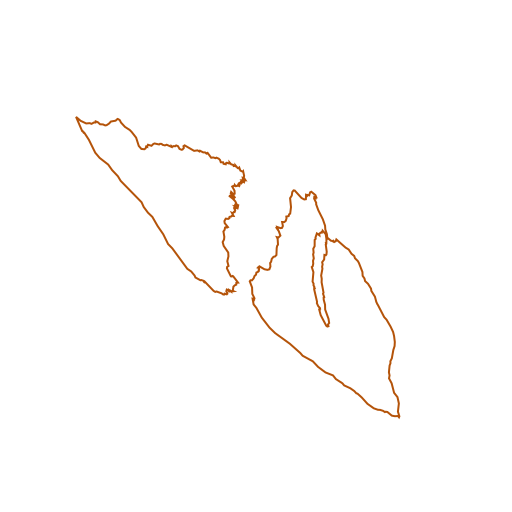 Ibestad nor, Troms, Norway, rotated 59°
{"feature_id": "86288312B28202364266720", "entity_name": "Ibestad nor", "entity_type": "district", "adm_level": 2, "iso_a3": "NOR", "parent_name": "Norway", "parent_adm1": "Troms", "projection": "natural_earth1", "projection_center": [17.142, 68.828], "detail": "fine", "context": "isolated", "style": "outline", "palette": "amber", "viewbox_px": 512, "rotation_deg": 59, "n_neighbors": 0, "source": "geoboundaries", "source_scale": "gbopen_adm2", "svg_char_len": 6109}
<svg xmlns="http://www.w3.org/2000/svg" viewBox="0 0 512 512"><g transform="rotate(59 256 256)"><path d="M360.3,176.7L360.5,176.6L359.9,176.8L357.3,176.5L352.1,175.0L345.3,175.1L343.2,174.2L337.5,174.3L333.7,175.4L331.1,174.6L327.9,174.8L324.5,173.0L315.1,171.4L312.9,171.3L308.9,172.3L306.5,171.8L303.3,173.0L298.2,173.2L294.9,174.9L283.2,178.6L284.4,180.0L284.3,181.7L281.8,181.9L284.1,182.1L282.6,182.7L281.5,183.9L277.4,185.3L278.1,185.7L277.9,187.0L281.1,189.0L280.9,189.4L282.0,189.8L282.1,190.3L288.8,193.2L291.0,194.9L291.3,195.8L290.3,196.8L294.1,199.4L295.4,202.5L297.5,203.2L299.3,204.9L301.1,205.6L306.3,210.2L309.4,211.4L312.3,213.3L322.2,217.0L322.9,218.0L326.4,218.7L326.4,219.4L328.4,220.5L333.3,221.9L337.5,224.3L347.2,226.2L351.1,227.8L351.8,229.6L353.5,230.1L353.2,231.2L351.9,231.7L340.0,231.0L334.8,229.5L335.0,229.2L334.2,228.8L334.3,228.3L333.4,228.0L331.0,228.5L327.7,228.1L326.8,227.3L314.5,223.3L314.0,222.3L313.3,222.6L312.5,221.9L310.7,221.8L309.4,220.9L307.1,220.7L299.4,215.1L294.2,213.9L294.0,212.7L292.1,210.9L289.5,209.6L287.8,207.7L284.0,206.2L282.8,204.9L279.3,203.2L277.8,200.7L272.4,197.4L272.0,196.0L270.8,195.5L268.0,192.2L270.9,191.0L269.5,190.4L269.3,188.4L269.9,187.6L269.1,186.9L269.5,186.1L269.0,185.8L273.2,185.0L276.3,186.3L276.6,185.3L273.8,184.0L268.9,182.9L265.6,181.2L259.0,179.8L248.7,179.0L242.6,177.8L241.4,177.0L236.7,176.6L235.4,175.6L236.2,175.0L236.7,175.6L238.0,175.9L236.6,175.4L237.0,175.1L236.5,174.9L236.9,174.1L234.4,173.7L229.4,175.5L229.3,176.8L231.4,179.2L230.0,180.6L230.6,181.2L229.5,181.7L233.0,184.0L232.4,185.5L229.7,187.1L219.8,189.1L219.1,190.0L219.9,192.0L222.6,194.2L224.0,197.0L232.1,200.8L237.3,204.9L237.3,206.1L238.6,207.5L237.8,209.7L239.4,210.4L241.2,212.4L241.5,214.3L240.3,216.1L244.1,217.5L245.3,219.2L244.8,220.6L242.0,222.9L243.2,223.2L241.4,224.0L246.5,223.7L251.1,224.6L251.7,227.3L250.6,228.4L252.4,228.6L257.6,231.3L258.3,232.8L259.9,234.2L265.7,238.0L266.2,240.0L265.7,241.4L266.6,244.0L268.7,246.0L269.3,247.5L272.5,249.1L274.3,251.4L273.8,253.3L271.7,255.6L266.6,258.4L266.8,259.3L267.5,259.6L266.9,260.1L267.0,260.4L267.8,259.7L268.7,260.0L269.4,260.6L268.5,260.7L269.5,260.7L270.6,262.3L270.4,264.2L272.0,265.6L272.4,267.6L274.0,269.6L274.8,272.1L274.0,273.2L274.5,274.4L281.0,275.6L286.6,278.7L291.5,279.1L292.1,279.8L290.9,279.8L291.5,280.0L290.9,280.4L291.1,280.8L292.6,280.9L292.9,281.2L292.1,281.4L296.3,283.0L300.7,282.4L311.7,282.8L324.4,281.3L332.0,279.3L348.6,272.2L362.0,268.0L365.5,267.4L375.6,261.5L383.1,259.9L391.6,256.4L398.0,251.5L402.7,250.9L409.6,247.5L412.3,247.1L417.9,243.3L422.4,241.3L425.4,240.7L426.2,239.9L431.8,238.2L440.1,236.6L447.2,233.5L450.6,230.7L451.8,228.9L454.2,226.8L456.2,225.9L456.3,225.0L457.4,223.7L462.8,221.8L464.9,219.4L466.3,216.7L467.9,216.5L467.3,215.7L462.5,214.5L456.0,209.5L449.8,207.4L444.4,208.1L435.0,205.3L429.4,205.0L427.1,203.0L424.2,202.0L418.7,197.9L417.2,196.0L415.4,195.0L413.7,192.3L407.3,186.7L404.6,183.6L401.2,181.3L395.8,178.9L391.7,177.6L385.8,177.0L377.8,176.9L374.4,177.6L360.3,176.7ZM181.2,224.9L176.8,223.4L177.0,223.9L174.7,225.4L171.5,224.8L171.8,225.9L171.3,226.4L168.1,226.9L168.8,227.2L167.2,228.1L167.6,228.3L167.4,228.8L166.2,228.6L164.6,230.1L162.2,230.5L163.0,230.9L162.9,231.4L161.0,233.0L161.0,234.0L161.8,234.7L160.3,236.3L158.8,235.9L157.5,237.9L155.2,237.4L153.4,237.8L151.3,239.3L151.3,240.3L149.5,241.9L148.7,243.8L142.6,244.4L142.5,244.9L143.0,245.1L142.8,245.7L141.0,246.3L140.0,247.9L136.9,249.8L137.3,250.6L135.3,251.8L134.0,254.9L124.4,260.2L124.5,261.6L126.2,262.2L126.9,264.2L126.6,265.1L124.8,266.4L121.7,266.3L120.1,267.5L120.3,268.8L119.4,269.9L119.3,271.4L118.3,271.8L119.0,272.2L114.6,275.3L114.3,277.1L112.6,278.8L111.3,279.2L110.4,280.5L110.5,281.6L107.3,285.0L107.1,286.3L107.7,288.8L105.0,291.3L106.0,292.7L105.7,293.2L106.4,293.3L105.8,294.0L106.9,295.2L107.0,296.7L105.2,299.1L101.3,299.8L92.8,297.8L85.6,298.7L83.0,299.3L77.9,301.8L72.1,303.0L69.4,302.8L67.9,303.5L67.2,304.1L67.7,306.7L66.0,311.1L66.8,313.8L66.9,316.7L66.4,318.0L64.4,319.4L62.8,321.8L59.8,322.7L58.0,324.1L58.9,324.9L58.1,326.1L58.0,328.9L56.5,330.1L54.9,333.3L49.8,336.7L44.1,338.6L59.6,340.7L60.0,340.7L58.9,340.3L62.4,340.2L61.0,339.8L61.8,339.7L70.3,339.4L84.7,340.6L91.4,339.5L101.5,335.6L108.3,335.1L116.5,333.3L121.9,333.3L151.0,326.4L156.2,327.0L163.2,326.3L169.1,324.7L179.7,324.9L189.6,324.3L200.5,325.2L206.3,323.8L231.6,321.5L235.9,319.5L241.2,318.7L243.2,319.0L248.2,316.1L248.4,315.3L250.3,313.7L251.7,313.9L252.8,313.4L250.6,313.5L251.2,313.2L264.1,310.3L265.8,309.4L266.1,308.1L270.3,304.7L272.2,303.9L272.7,303.0L272.1,302.3L273.8,300.8L273.6,300.0L272.6,299.8L273.4,299.6L270.9,299.6L269.7,298.3L272.0,296.6L272.5,296.8L271.7,297.6L272.7,297.1L272.7,296.7L271.8,296.4L273.7,295.6L273.2,295.4L273.9,295.0L274.6,293.4L273.9,293.9L270.6,291.1L270.2,289.2L270.4,287.7L268.9,286.7L269.6,285.1L261.6,286.0L261.0,286.4L261.1,287.3L260.8,287.7L260.5,288.0L260.3,288.0L251.6,287.3L250.5,286.4L250.4,284.7L245.7,283.3L242.1,279.8L238.7,278.0L230.7,278.5L226.9,277.4L225.4,274.9L223.3,273.3L218.2,271.3L217.4,269.4L215.7,267.9L215.8,266.7L216.7,266.3L216.8,265.2L211.7,265.9L209.8,265.1L208.4,262.7L209.9,260.7L209.9,259.4L209.0,258.9L208.9,258.2L209.4,256.8L209.1,256.0L210.1,254.6L206.7,254.4L207.4,253.9L206.8,252.1L207.3,251.7L206.3,250.4L202.9,250.0L205.6,249.0L203.1,249.2L203.0,248.4L203.5,248.4L204.0,248.1L202.9,248.4L203.3,248.0L201.7,248.0L201.2,247.2L203.6,245.7L205.4,247.1L204.4,247.7L205.5,247.3L205.3,246.9L203.3,245.1L202.3,246.0L198.5,245.6L194.9,246.4L190.4,248.1L192.2,246.2L194.1,245.5L192.9,245.3L192.9,244.8L195.7,244.0L193.0,244.1L192.0,244.5L191.3,245.5L189.3,245.4L188.3,244.3L191.5,243.6L191.6,242.2L189.0,240.8L184.2,240.6L184.3,239.1L185.0,238.1L184.3,237.6L186.5,237.2L185.9,237.0L186.2,236.2L185.9,235.3L187.4,234.4L186.6,233.4L184.2,233.6L185.1,233.1L184.9,232.2L185.9,231.4L184.9,230.8L185.9,230.1L185.9,228.9L183.7,229.3L184.3,228.2L186.4,228.0L185.7,227.1L183.7,227.7L182.2,227.1L183.4,226.3L185.2,226.2L185.4,226.0L182.5,226.1L181.2,224.9Z" fill="none" stroke="#b45309" stroke-width="2"/></g></svg>